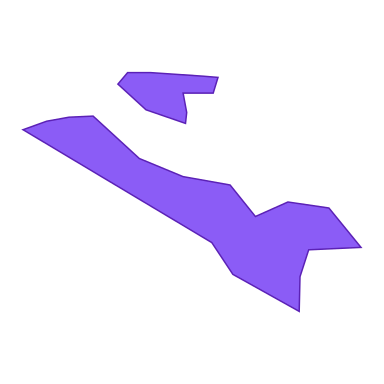 map outline of Baie Sainte Anne (Albers equal-area conic projection)
{"feature_id": "SYC-5204", "entity_name": "Baie Sainte Anne", "entity_type": "state/province", "adm_level": 1, "iso_a3": "SYC", "parent_name": "Seychelles", "parent_adm1": "", "projection": "albers", "projection_center": [55.733, -4.314], "detail": "fine", "context": "isolated", "style": "filled", "palette": "violet", "viewbox_px": 384, "rotation_deg": 0, "n_neighbors": 0, "source": "natural_earth", "source_scale": "10m", "svg_char_len": 456}
<svg xmlns="http://www.w3.org/2000/svg" viewBox="0 0 384 384"><path d="M23.0,129.7L46.7,121.2L68.9,117.2L93.1,116.1L139.3,158.5L183.0,176.6L230.1,185.0L255.4,216.5L287.9,202.0L328.9,208.0L361.0,247.4L308.7,249.8L300.0,276.7L299.2,311.4L232.9,274.4L211.8,242.6L23.0,129.7ZM117.9,84.1L127.6,72.6L150.5,72.6L203.5,76.2L218.0,77.4L213.2,93.1L183.1,93.1L186.7,112.5L185.5,123.4L146.0,109.8L117.9,84.1Z" fill="#8b5cf6" stroke="#5b21b6" stroke-width="1.5"/></svg>